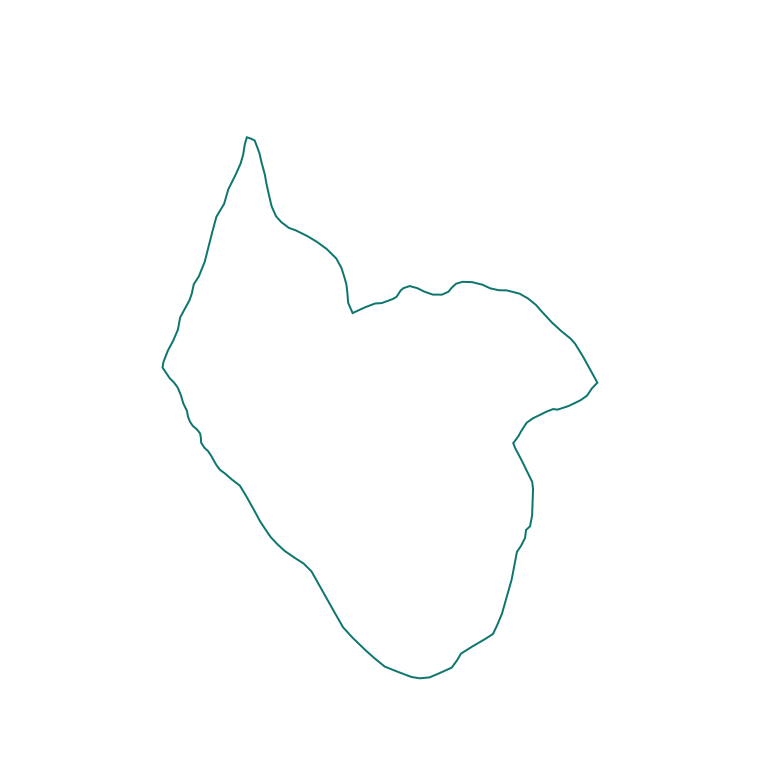 Mvoung, Ogooué-Ivindo, Gabon, rotated 332°
{"feature_id": "22940354B15845982668686", "entity_name": "Mvoung", "entity_type": "district", "adm_level": 2, "iso_a3": "GAB", "parent_name": "Gabon", "parent_adm1": "Ogooué-Ivindo", "projection": "equal_earth", "projection_center": [12.149, 0.446], "detail": "fine", "context": "isolated", "style": "outline", "palette": "teal", "viewbox_px": 768, "rotation_deg": 332, "n_neighbors": 0, "source": "geoboundaries", "source_scale": "gbopen_adm2", "svg_char_len": 2014}
<svg xmlns="http://www.w3.org/2000/svg" viewBox="0 0 768 768"><g transform="rotate(332 384 384)"><path d="M378.7,101.8L373.8,106.8L367.3,115.4L360.8,122.1L351.3,129.5L337.9,139.0L327.4,149.9L320.4,154.1L314.6,157.6L303.9,169.0L283.1,191.9L271.1,202.0L262.9,206.6L256.8,213.9L251.5,218.8L243.3,224.2L235.2,229.6L227.6,239.2L218.2,246.8L208.9,253.0L199.5,261.1L196.2,265.4L196.6,269.6L197.5,278.3L199.2,283.8L200.2,290.4L199.4,298.6L197.7,306.7L197.4,315.1L195.6,320.9L195.0,326.4L195.5,331.2L197.4,335.9L198.4,341.4L197.1,345.4L195.0,350.0L195.5,356.0L197.1,360.5L197.7,366.0L197.9,375.3L198.1,378.0L198.9,382.8L201.3,387.8L204.7,396.6L209.0,406.1L209.7,418.3L210.0,431.1L210.1,440.3L210.1,447.4L211.0,456.3L212.1,466.1L214.7,475.6L218.0,484.9L223.9,496.2L228.8,504.9L232.0,515.4L233.1,562.8L233.6,579.6L237.2,593.5L243.0,611.3L246.9,621.8L252.0,633.9L261.3,644.9L270.7,655.6L277.5,660.7L286.4,664.4L297.6,665.4L310.7,666.2L318.9,662.2L325.4,658.2L338.9,657.2L354.0,656.6L362.8,655.9L370.3,650.4L380.4,642.1L404.9,616.6L422.6,594.6L428.9,591.3L436.3,586.1L440.9,579.6L446.1,578.2L453.0,569.7L466.3,546.7L468.9,540.0L469.7,515.7L469.7,502.6L470.3,496.9L478.2,493.2L482.4,490.4L491.7,485.2L499.2,484.2L514.9,484.7L521.7,485.6L525.2,488.1L536.8,490.1L549.5,490.6L557.8,489.6L565.7,485.4L573.0,483.0L572.6,453.5L571.6,437.9L569.9,431.2L565.4,420.6L561.1,408.5L557.1,393.3L555.3,385.5L551.3,376.1L546.2,368.0L542.1,364.2L536.1,358.8L529.5,355.2L522.8,349.5L517.5,342.5L509.7,335.5L501.2,330.6L494.7,329.3L488.6,330.9L484.2,332.8L477.1,332.3L469.1,328.0L463.0,321.4L458.4,315.0L452.7,309.6L446.1,308.5L442.6,309.3L436.0,312.9L431.8,313.1L420.0,311.5L413.8,308.7L403.4,307.4L389.6,306.6L390.5,295.3L394.3,286.7L397.6,278.2L399.1,271.3L400.9,261.7L400.8,250.9L396.9,238.2L391.7,227.4L385.8,217.5L378.2,206.9L373.3,201.5L369.4,193.1L367.4,185.3L368.2,174.3L371.2,162.9L374.2,152.1L377.1,143.2L379.9,130.8L382.3,122.1L383.4,114.3L384.1,108.3L381.4,104.5L378.7,101.8Z" fill="none" stroke="#0f766e" stroke-width="2"/></g></svg>